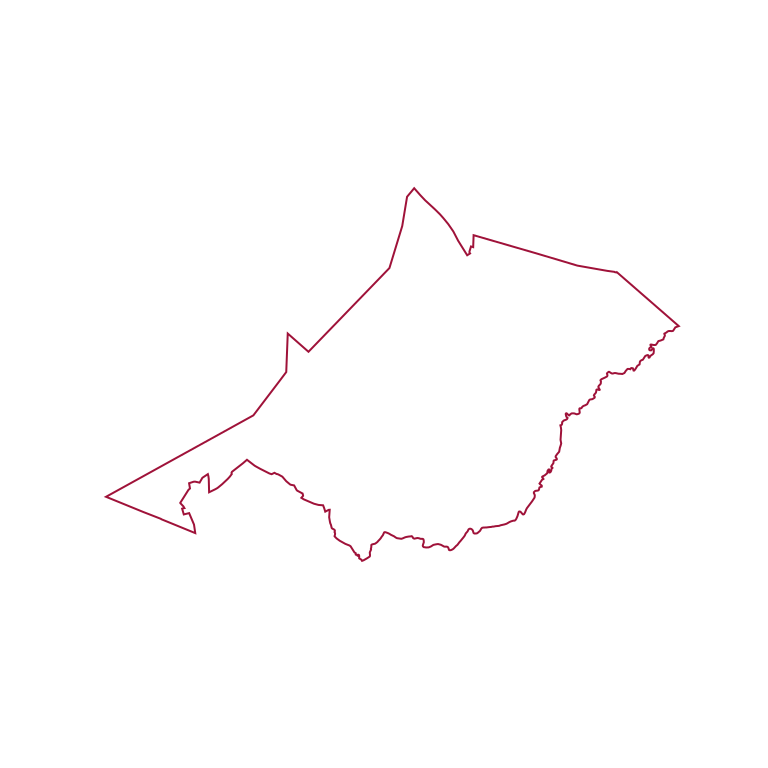 the district of Nuenen, Gerwen en Nederwetten, Noord-Brabant, Netherlands, rotated 253°
{"feature_id": "6326949B11181264963907", "entity_name": "Nuenen, Gerwen en Nederwetten", "entity_type": "district", "adm_level": 2, "iso_a3": "NLD", "parent_name": "Netherlands", "parent_adm1": "Noord-Brabant", "projection": "albers", "projection_center": [5.532, 51.486], "detail": "fine", "context": "isolated", "style": "outline", "palette": "rose", "viewbox_px": 768, "rotation_deg": 253, "n_neighbors": 0, "source": "geoboundaries", "source_scale": "gbopen_adm2", "svg_char_len": 6153}
<svg xmlns="http://www.w3.org/2000/svg" viewBox="0 0 768 768"><g transform="rotate(253 384 384)"><path d="M353.2,682.8L422.8,639.4L422.6,639.1L423.5,637.4L423.9,637.1L426.9,630.6L440.7,603.5L464.3,568.0L500.1,513.2L488.8,509.3L490.1,507.4L485.6,504.4L484.7,504.2L483.7,504.5L482.8,501.2L499.3,496.8L509.6,494.9L518.1,492.2L525.4,489.2L529.8,487.2L536.1,483.8L547.7,477.0L554.2,473.8L562.4,470.1L556.3,460.8L529.7,447.6L493.3,423.1L436.9,321.2L460.4,306.7L424.0,294.0L416.8,284.1L392.2,249.9L357.4,85.2L331.8,116.6L321.8,129.3L320.2,131.3L319.8,131.5L296.6,159.9L305.1,161.2L317.5,159.9L317.8,154.4L323.8,154.5L323.8,156.3L323.7,156.8L325.6,156.4L329.6,154.4L329.9,154.4L339.9,166.0L340.8,167.9L346.1,168.6L346.2,173.1L346.1,174.0L345.8,174.9L343.6,178.8L347.4,182.9L349.3,189.2L347.1,189.1L344.6,188.7L331.6,185.1L332.7,192.0L333.2,194.2L333.6,195.3L335.5,199.9L338.9,206.8L340.5,209.5L342.4,212.1L343.1,212.1L343.8,212.3L344.5,213.0L349.4,225.8L351.6,230.8L343.7,236.4L342.4,237.6L339.1,240.8L331.9,248.3L330.6,250.2L331.1,253.3L329.3,255.0L328.9,255.9L328.0,256.9L325.1,259.7L319.6,262.1L315.3,264.9L314.9,265.4L313.3,268.4L308.3,269.4L307.4,269.8L303.1,274.1L302.9,274.0L301.4,274.1L300.7,273.9L299.3,271.7L297.2,273.5L290.0,282.0L287.5,286.0L285.8,290.3L282.6,290.5L279.1,290.5L279.7,293.7L279.8,294.5L279.6,295.3L272.6,292.6L268.0,292.0L266.3,291.9L264.9,292.1L261.7,291.9L261.1,292.1L259.1,294.0L258.2,294.1L257.8,294.1L256.9,293.4L255.7,293.6L254.7,293.3L253.9,292.9L253.1,292.3L252.8,292.2L250.2,293.5L247.1,295.8L242.4,300.3L239.7,303.7L238.6,304.6L231.6,306.5L230.6,307.4L230.4,307.3L229.8,307.4L229.4,307.1L229.1,307.1L228.6,308.0L227.8,308.3L227.1,309.0L228.0,309.3L228.2,309.5L227.8,310.0L226.8,310.0L224.5,309.3L222.6,311.0L221.3,311.3L221.4,313.0L222.3,316.9L223.1,319.7L223.4,320.1L224.5,320.6L226.9,321.1L227.5,321.5L229.4,323.2L230.1,323.2L231.6,324.1L233.7,324.8L234.1,325.7L233.9,328.6L234.0,329.2L234.8,331.4L235.7,332.8L236.4,334.1L237.4,335.7L238.6,337.1L239.7,338.7L242.0,340.7L242.1,341.4L241.8,342.1L240.4,344.0L239.2,345.3L237.8,346.5L235.4,349.1L233.8,350.3L232.8,351.3L230.9,355.3L230.9,356.7L231.2,359.1L231.2,360.5L230.9,363.0L230.4,365.4L230.4,365.9L229.9,366.4L228.0,366.9L227.6,367.3L227.2,367.9L227.0,370.8L226.3,372.3L225.3,373.6L224.6,375.7L224.1,376.2L223.1,376.3L221.0,375.8L219.2,374.5L218.0,373.8L217.3,373.8L216.4,374.3L215.3,376.6L214.7,379.0L214.9,381.3L215.7,384.2L215.5,386.6L215.3,388.1L215.1,389.0L213.6,391.4L212.6,392.4L211.1,393.8L210.6,394.7L210.3,396.0L209.7,397.1L209.3,397.4L208.5,397.6L207.4,397.7L206.5,397.6L206.3,397.7L205.8,398.3L205.6,399.0L205.6,399.7L205.8,401.2L206.2,402.4L208.0,405.5L208.7,407.2L210.7,409.9L211.2,410.8L214.2,415.3L215.4,416.9L217.2,418.5L218.6,420.8L220.2,422.3L220.5,423.1L220.5,423.9L220.3,424.4L219.7,425.2L218.8,425.8L217.9,426.1L215.4,426.1L214.7,426.6L214.4,427.2L214.0,429.1L214.3,430.2L215.5,432.9L217.2,434.7L217.6,435.4L217.8,435.9L217.6,437.4L216.9,439.8L216.3,443.3L216.0,444.3L215.9,446.0L215.6,447.1L215.4,449.2L214.7,452.5L214.8,454.3L214.5,458.1L214.5,459.7L214.6,460.7L215.3,463.6L215.5,465.3L215.5,467.6L215.2,468.7L215.2,469.3L215.7,470.3L216.4,471.1L218.6,473.0L222.1,475.3L222.5,475.8L222.5,476.0L222.4,476.5L221.9,477.2L218.8,478.6L218.5,479.2L218.6,479.9L219.9,481.3L222.4,483.3L223.5,484.4L228.5,491.3L231.3,494.7L232.0,495.1L233.3,495.6L234.2,495.7L235.8,495.4L236.7,495.7L237.5,497.3L237.5,497.7L237.1,500.0L237.2,500.7L237.7,501.3L239.6,502.4L239.8,503.6L239.7,504.4L239.7,504.8L240.3,505.1L240.8,505.1L242.4,504.0L243.3,503.6L246.0,506.9L246.4,507.6L246.4,508.4L246.5,508.7L247.1,508.7L248.6,508.0L249.1,508.2L249.4,509.3L249.6,510.8L250.9,513.9L253.2,515.1L254.1,516.3L254.1,516.8L253.6,517.0L251.3,516.1L251.0,516.2L250.9,516.9L251.2,517.6L252.1,518.5L254.0,519.5L254.3,519.9L254.3,520.4L254.6,520.6L254.9,520.5L255.2,520.1L255.7,519.8L256.2,519.8L256.9,520.4L258.7,522.8L261.0,523.8L261.2,524.1L261.2,526.8L261.4,527.2L262.3,527.4L263.8,526.8L264.7,527.0L266.3,529.0L268.0,531.7L271.7,533.6L273.3,534.8L275.4,536.1L279.0,536.5L288.1,540.0L291.0,540.5L292.9,540.6L292.9,541.6L293.2,542.2L293.9,542.7L295.4,543.2L296.2,544.6L296.5,545.2L296.7,548.1L297.0,548.8L297.4,549.3L298.1,549.6L298.9,549.0L299.9,548.8L302.2,549.0L302.6,549.3L302.7,549.8L302.3,550.3L300.1,551.5L299.8,551.9L299.8,552.2L300.3,552.7L300.6,553.4L301.0,554.7L300.9,555.2L300.7,556.1L300.2,557.4L298.7,559.4L298.6,560.1L298.6,561.3L298.8,562.2L299.2,562.6L299.7,562.9L302.3,563.3L303.2,563.6L303.4,563.8L303.5,564.2L303.2,564.9L303.2,565.6L303.3,565.9L304.0,566.7L304.5,567.6L304.8,569.2L304.8,570.2L305.3,572.4L307.2,574.2L308.6,575.6L308.8,576.0L308.9,576.6L308.7,578.0L308.6,578.9L309.1,580.8L309.4,581.5L310.4,581.8L311.3,581.4L311.8,581.4L312.5,582.1L313.3,583.5L314.0,584.3L316.4,585.5L316.5,585.9L316.5,586.3L315.5,587.8L315.3,588.4L315.4,588.6L316.8,588.4L318.0,588.1L318.7,588.2L319.5,588.9L320.5,590.8L321.2,591.5L323.0,592.2L324.3,592.1L325.0,593.3L325.6,597.6L326.0,599.4L326.3,599.8L327.2,600.3L328.7,600.2L329.0,600.4L329.4,601.0L329.9,602.3L329.9,602.7L329.8,602.9L328.2,604.2L327.3,605.2L327.1,606.1L327.1,607.6L326.8,608.6L325.3,611.2L324.4,613.7L323.9,614.8L324.2,617.0L324.5,617.5L325.7,618.8L327.0,620.9L327.2,621.4L326.8,622.7L326.1,623.9L326.8,624.6L326.9,625.3L326.7,625.8L326.2,626.6L323.9,626.6L323.7,627.1L323.9,627.6L325.2,629.3L327.3,631.6L328.0,634.1L330.4,635.2L331.1,636.0L331.5,637.3L331.5,638.4L331.6,638.7L334.3,641.9L334.6,643.2L334.6,644.4L334.5,644.8L334.0,645.2L332.1,644.8L331.8,644.9L331.7,645.3L331.7,645.6L332.9,646.9L333.4,648.1L333.8,649.5L334.1,650.1L334.6,650.8L336.2,651.5L338.4,652.2L339.0,652.2L339.3,652.1L339.4,651.8L339.3,651.3L338.1,649.4L338.1,649.1L338.6,648.0L339.1,647.7L340.0,647.8L340.8,648.5L341.2,649.5L341.0,650.2L341.1,650.5L342.1,650.6L343.1,650.2L343.5,650.2L343.7,650.4L343.7,650.9L342.5,653.2L342.0,654.8L342.0,655.4L343.1,657.0L344.7,658.8L344.8,659.0L344.7,661.3L345.0,664.2L346.4,665.1L348.0,666.7L349.1,666.9L350.0,666.7L350.2,666.8L350.7,669.2L351.3,670.5L351.4,671.7L351.1,672.9L350.4,674.7L350.3,675.8L350.5,676.2L353.0,679.2L353.2,682.8Z" fill="none" stroke="#9f1239" stroke-width="2"/></g></svg>